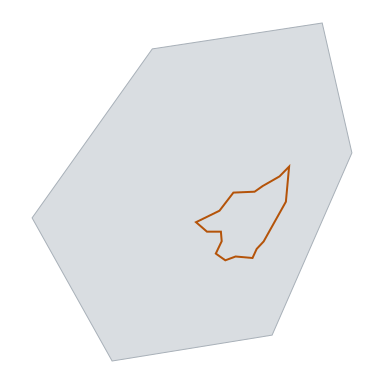 San Marino, with Faetano highlighted
{"feature_id": "SMR-4888", "entity_name": "Faetano", "entity_type": "state/province", "adm_level": 1, "iso_a3": "SMR", "parent_name": "San Marino", "parent_adm1": "", "projection": "equal_earth", "projection_center": [12.476, 43.936], "detail": "fine", "context": "in_parent", "style": "outline", "palette": "amber", "viewbox_px": 384, "rotation_deg": 0, "n_neighbors": 0, "source": "natural_earth", "source_scale": "10m", "svg_char_len": 498}
<svg xmlns="http://www.w3.org/2000/svg" viewBox="0 0 384 384"><path d="M272.1,335.1L112.1,361.0L32.1,217.9L152.3,48.9L322.2,23.0L351.9,152.9L272.1,335.1Z" fill="#d9dde1" stroke="#a8b0b8" stroke-width="1"/><path d="M289.1,166.6L285.9,201.7L266.2,236.9L263.7,241.4L256.7,248.9L252.5,258.0L235.6,256.5L225.3,260.3L215.8,253.6L221.7,241.2L220.9,231.7L207.0,231.7L196.0,222.2L219.5,210.7L233.4,192.6L254.6,191.7L262.7,186.0L279.5,176.4L289.1,166.6Z" fill="none" stroke="#b45309" stroke-width="2"/></svg>